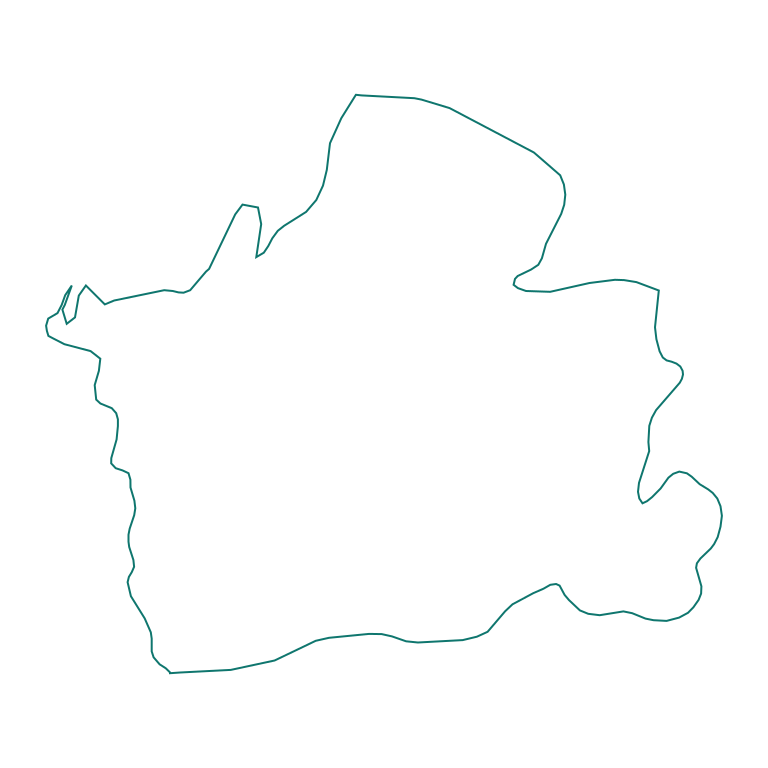 map outline of El Oro (orthographic projection)
{"feature_id": "ECU-1267", "entity_name": "El Oro", "entity_type": "Province", "adm_level": 1, "iso_a3": "ECU", "parent_name": "Ecuador", "parent_adm1": "", "projection": "orthographic", "projection_center": [-79.84, -3.463], "detail": "fine", "context": "isolated", "style": "outline", "palette": "teal", "viewbox_px": 768, "rotation_deg": 0, "n_neighbors": 0, "source": "natural_earth", "source_scale": "10m", "svg_char_len": 2346}
<svg xmlns="http://www.w3.org/2000/svg" viewBox="0 0 768 768"><path d="M170.0,673.2L170.0,672.4L165.8,668.3L159.6,664.3L153.6,657.3L151.7,651.4L151.7,638.6L150.8,632.3L144.7,618.4L130.9,596.2L127.6,582.2L128.9,576.9L131.8,572.1L134.1,566.8L133.4,560.0L129.2,547.0L128.5,541.7L128.5,534.7L129.7,528.6L134.2,515.2L135.3,508.3L134.4,500.7L130.5,487.5L130.4,479.7L128.5,473.2L122.5,470.4L115.7,468.2L111.2,463.4L111.3,458.1L116.6,439.4L117.9,426.1L117.9,419.3L116.2,413.2L111.8,408.2L100.4,403.5L96.2,399.6L94.7,385.1L98.9,370.8L100.3,358.7L90.6,351.1L64.4,344.2L53.1,338.4L48.4,335.9L46.9,330.9L46.1,325.7L48.2,318.6L57.5,313.1L61.7,304.9L65.2,295.2L71.8,285.5L64.8,304.9L62.4,309.6L66.7,323.8L75.0,317.4L78.8,295.6L85.9,285.5L104.8,304.4L114.2,300.5L164.2,290.2L172.8,291.0L178.5,292.4L183.6,292.7L190.2,290.2L206.0,271.6L209.1,268.9L235.2,214.4L242.5,204.6L258.0,207.5L261.2,224.1L256.3,257.1L263.8,252.7L268.3,246.0L272.3,238.3L277.8,230.8L284.1,225.8L306.1,211.9L316.3,200.0L323.0,185.6L326.8,169.9L330.0,143.2L341.3,118.2L355.9,94.8L356.0,94.8L361.5,95.4L414.4,98.2L421.5,99.6L449.6,108.1L533.9,152.5L560.2,175.3L563.9,184.5L565.3,194.7L564.2,204.8L561.2,213.9L546.0,243.8L541.9,258.3L538.3,264.8L531.0,269.6L517.7,276.0L515.0,278.9L513.6,284.8L517.9,288.1L526.0,291.0L550.2,291.8L589.5,283.0L614.9,279.8L624.1,280.1L636.4,282.1L658.8,290.5L655.0,327.3L656.4,339.2L659.6,351.3L662.8,357.5L666.6,360.4L671.6,361.7L676.5,363.6L680.3,366.5L682.6,370.8L683.0,374.5L681.9,378.8L679.8,382.7L656.1,410.1L651.9,417.7L649.3,425.8L648.4,442.0L649.2,451.1L639.0,482.9L638.0,491.8L639.3,498.5L642.5,503.3L647.0,501.2L652.1,497.1L660.6,488.5L668.4,477.7L673.2,473.8L679.3,471.6L686.9,473.3L691.7,476.7L699.7,484.2L708.2,489.4L712.7,492.9L717.3,498.5L720.5,506.2L721.9,515.8L720.5,526.7L717.7,537.1L714.1,544.1L710.8,548.5L700.4,558.5L696.9,563.3L696.1,567.8L701.4,586.3L701.1,593.6L698.6,599.9L693.4,607.3L688.0,612.8L679.1,617.6L666.6,620.9L653.5,620.2L645.5,618.6L632.2,613.2L623.4,611.4L599.7,615.2L588.2,613.8L579.9,610.4L569.0,600.1L564.6,594.9L559.6,585.6L556.1,584.0L550.3,584.8L543.5,588.7L533.4,593.1L512.5,604.3L505.1,611.3L487.6,631.8L476.9,636.7L462.7,640.1L417.9,642.5L406.1,641.3L392.0,636.4L381.7,634.1L369.1,633.9L329.0,637.8L315.7,640.8L274.6,660.5L230.8,669.9L180.2,672.5L170.0,673.2Z" fill="none" stroke="#0f766e" stroke-width="2"/></svg>